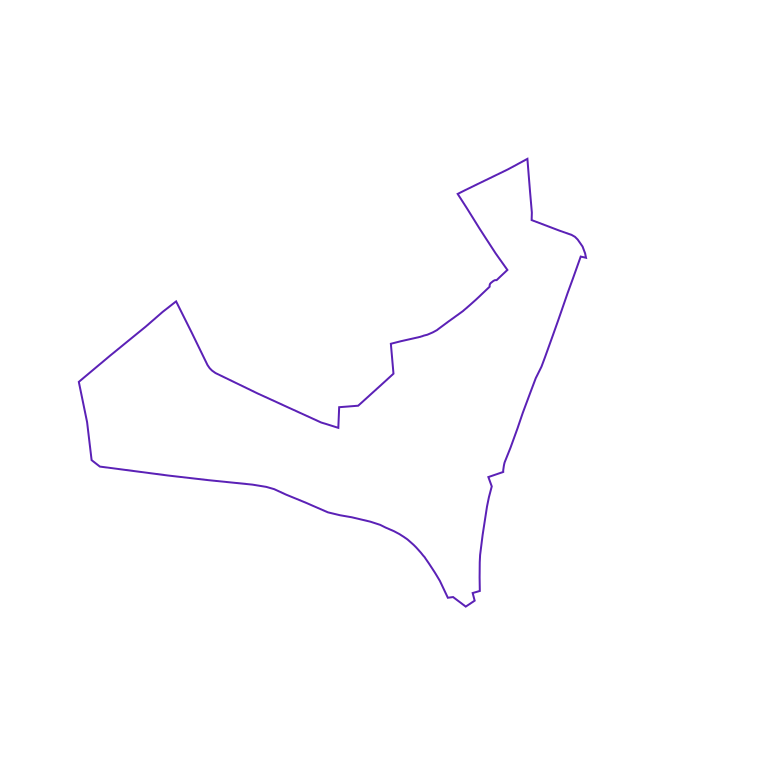 Al Zahir, Al Qahirah, Egypt, rotated 135°
{"feature_id": "37247803B28746183260819", "entity_name": "Al Zahir", "entity_type": "district", "adm_level": 2, "iso_a3": "EGY", "parent_name": "Egypt", "parent_adm1": "Al Qahirah", "projection": "robinson", "projection_center": [31.266, 30.063], "detail": "fine", "context": "isolated", "style": "outline", "palette": "violet", "viewbox_px": 768, "rotation_deg": 135, "n_neighbors": 0, "source": "geoboundaries", "source_scale": "gbopen_adm2", "svg_char_len": 2134}
<svg xmlns="http://www.w3.org/2000/svg" viewBox="0 0 768 768"><g transform="rotate(135 384 384)"><path d="M123.4,441.8L144.8,448.2L176.5,459.2L189.9,463.8L197.5,466.3L201.1,449.7L206.5,426.5L208.8,415.8L212.7,397.4L216.1,377.4L226.0,377.7L230.9,377.8L231.8,378.7L232.0,378.9L233.6,379.5L237.0,379.9L238.2,379.8L239.4,379.2L240.5,378.1L259.1,378.6L267.7,379.1L275.7,379.7L276.3,379.7L277.0,379.8L294.2,382.6L307.0,384.5L308.2,384.6L310.3,385.2L313.0,386.0L318.5,388.2L321.7,390.1L322.6,390.5L323.1,390.7L324.1,391.3L325.0,391.7L325.9,392.3L326.8,392.8L327.7,393.4L341.8,402.3L350.7,407.6L370.0,384.6L383.4,385.2L417.6,386.9L425.8,393.9L432.1,399.3L447.3,385.3L453.5,397.2L454.6,399.2L455.7,401.3L468.3,435.1L480.1,466.8L495.4,510.9L496.1,515.1L496.1,518.4L495.4,522.2L483.5,556.7L472.6,589.4L473.3,589.5L474.0,589.6L489.5,591.5L512.3,593.1L530.8,595.0L557.3,597.7L598.3,601.3L620.9,567.0L644.6,536.9L643.3,526.5L601.5,472.1L576.1,440.1L548.2,405.9L540.0,394.5L536.0,387.3L531.5,375.1L522.8,354.3L520.2,347.6L514.4,332.9L507.9,322.3L501.0,312.5L491.0,296.3L486.3,287.1L484.4,281.4L481.0,272.8L480.4,270.8L480.0,269.5L479.6,268.2L479.2,266.9L478.9,265.5L478.6,264.1L478.3,262.8L478.0,261.4L477.8,260.1L477.5,258.7L477.3,257.3L477.2,255.9L477.0,252.8L476.9,251.0L476.8,249.2L476.8,247.4L476.8,245.7L476.9,243.9L477.0,242.1L477.1,240.4L477.2,238.6L477.4,236.8L477.6,235.1L477.7,233.1L477.8,232.3L478.0,231.6L479.1,225.5L481.3,215.0L481.5,214.2L481.7,213.3L483.7,205.3L490.0,187.7L485.8,184.5L483.6,168.8L473.1,166.7L469.1,173.5L462.6,169.9L453.2,179.6L442.4,190.2L437.0,195.1L420.9,207.6L397.7,224.6L389.8,229.8L380.2,235.4L376.0,244.4L361.9,237.5L361.3,238.1L360.7,238.7L357.1,241.4L355.6,242.4L354.1,243.3L339.6,249.5L320.6,258.4L319.4,259.0L318.2,259.6L306.2,265.5L286.3,274.6L272.6,280.8L271.8,281.1L271.1,281.3L260.4,284.9L251.2,289.1L230.0,299.1L215.9,305.8L206.0,310.6L190.0,318.4L175.6,325.1L154.8,335.0L151.9,330.4L150.8,332.1L149.4,334.2L146.4,340.8L144.9,349.2L144.9,351.1L144.9,353.0L145.9,356.7L151.5,368.4L163.7,395.5L158.2,400.7L145.1,416.3L134.4,428.9L123.4,441.8Z" fill="none" stroke="#5b21b6" stroke-width="2"/></g></svg>